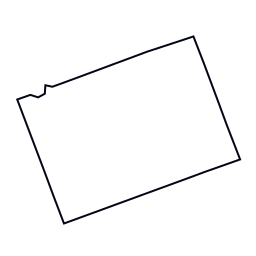 the district of Winston, Alabama, United States of America, rotated 159°
{"feature_id": "52423323B52352722786061", "entity_name": "Winston", "entity_type": "district", "adm_level": 2, "iso_a3": "USA", "parent_name": "United States of America", "parent_adm1": "Alabama", "projection": "mercator", "projection_center": [-87.367, 34.146], "detail": "fine", "context": "isolated", "style": "outline", "palette": "ink", "viewbox_px": 256, "rotation_deg": 159, "n_neighbors": 0, "source": "geoboundaries", "source_scale": "gbopen_adm2", "svg_char_len": 378}
<svg xmlns="http://www.w3.org/2000/svg" viewBox="0 0 256 256"><g transform="rotate(159 128 128)"><path d="M34.6,58.5L34.7,96.0L34.4,117.3L34.0,160.8L34.1,190.0L82.7,192.4L166.1,193.3L183.8,193.6L189.8,197.5L193.4,189.8L200.9,188.8L207.3,193.9L221.2,194.3L221.6,116.6L221.9,92.5L222.0,61.8L83.3,59.6L72.1,59.5L34.6,58.5Z" fill="none" stroke="#020617" stroke-width="2"/></g></svg>